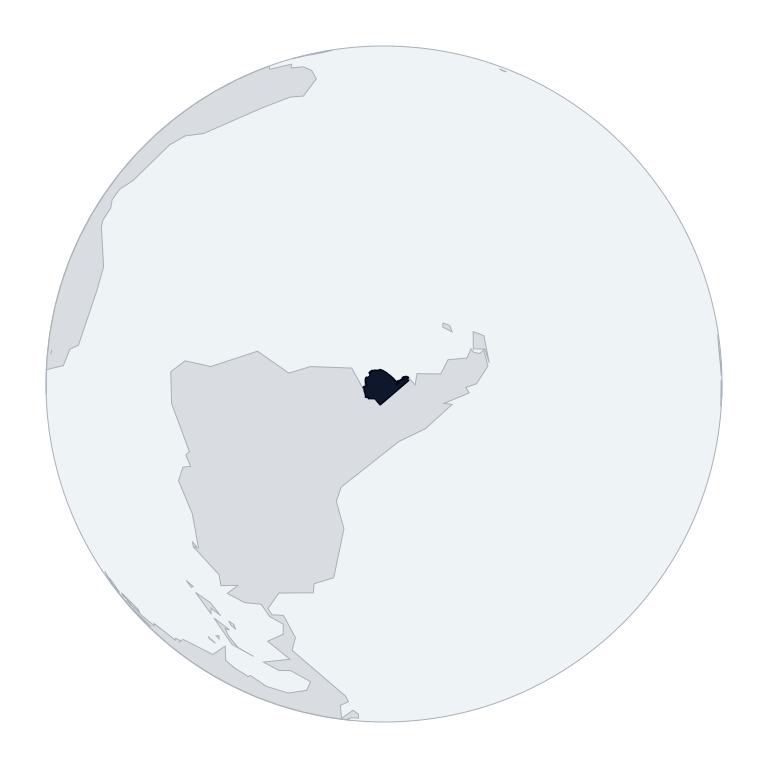 globe centered on Buenos Aires, rotated 231°
{"feature_id": "ARG-1295", "entity_name": "Buenos Aires", "entity_type": "Federal District", "adm_level": 1, "iso_a3": "ARG", "parent_name": "Argentina", "parent_adm1": "", "projection": "orthographic", "projection_center": [-60.531, -37.151], "detail": "fine", "context": "on_globe", "style": "filled", "palette": "ink", "viewbox_px": 768, "rotation_deg": 231, "n_neighbors": 0, "source": "natural_earth", "source_scale": "10m", "svg_char_len": 7481}
<svg xmlns="http://www.w3.org/2000/svg" viewBox="0 0 768 768"><g transform="rotate(231 384 384)"><circle cx="384" cy="384" r="338" fill="#eef3f6" stroke="#a8b0b8"/><path d="M313.7,53.5L313.9,53.4L342.7,48.6L371.9,46.3L401.1,46.5L401.5,46.6L385.9,46.4L361.9,47.1L341.6,50.3L366.6,47.2L367.9,48.7L373.1,48.8L379.9,48.6L384.1,47.8L387.0,48.6L363.4,51.1L360.3,50.4L367.9,49.3L356.6,50.1L340.7,53.3L342.6,54.6L316.5,60.6L317.6,61.9L312.5,64.4L312.6,61.7L311.9,67.2L281.6,80.7L280.2,95.6L268.7,87.0L256.8,89.3L242.1,94.4L241.5,96.7L222.8,102.4L204.1,115.1L194.6,131.2L198.9,139.6L219.9,131.1L227.5,122.1L243.7,115.3L229.4,137.6L257.3,131.7L253.0,148.2L260.7,154.6L275.3,148.8L290.2,149.9L301.7,138.2L319.8,130.5L319.4,143.8L330.0,130.4L339.7,135.8L376.2,133.5L373.2,136.6L403.8,153.4L438.0,163.4L445.9,175.3L441.7,181.9L453.7,185.4L453.9,190.2L502.5,206.7L527.7,226.0L527.2,244.0L506.6,260.3L489.1,306.3L452.3,316.9L443.8,337.9L416.7,368.9L394.3,365.0L401.6,382.9L390.0,393.3L375.7,394.0L374.1,407.0L363.6,407.6L371.3,416.1L356.1,434.4L362.6,449.0L352.0,464.8L356.6,473.7L351.9,473.8L347.5,477.7L347.7,483.0L332.5,476.0L326.0,456.1L329.8,445.4L323.5,444.6L331.3,418.2L325.3,424.1L323.2,388.2L330.0,359.2L330.8,285.7L322.8,273.1L296.8,261.8L265.1,223.0L272.8,204.0L266.2,197.7L287.7,170.8L282.6,152.6L275.2,151.6L267.4,160.3L242.6,155.5L234.9,145.0L165.3,157.7L159.5,156.4L161.8,147.8L150.9,140.7L149.9,154.6L143.3,156.3L140.4,153.9L145.0,148.9L147.1,143.4L144.1,146.0L162.0,129.3L181.0,113.9L201.1,99.9L222.1,87.4L244.1,76.4L266.7,67.1L290.0,59.4L313.7,53.5ZM277.3,102.0L309.2,104.6L289.9,109.2L293.8,106.7L285.9,104.6L270.9,104.8L254.3,111.2L277.3,102.0ZM294.2,89.2L288.5,89.8L294.2,88.6L294.2,89.2ZM358.7,492.0L334.2,479.1L347.6,484.4L355.1,475.5L368.6,486.3L358.7,492.0ZM381.6,469.8L391.3,465.5L394.2,468.2L388.1,471.8L381.6,469.8ZM610.8,133.5L608.5,131.5L596.0,121.1L588.0,114.6L610.8,133.5ZM706.3,485.7L703.1,494.8L700.6,493.0L690.7,513.5L688.0,510.9L681.1,521.1L673.2,525.1L663.8,523.5L658.5,502.6L666.1,491.5L675.6,461.9L692.2,401.4L701.9,385.7L704.8,367.7L700.1,317.2L701.7,301.0L698.4,288.8L692.9,282.6L688.1,268.4L683.9,263.2L651.5,239.8L636.5,218.4L606.5,171.0L608.7,161.7L600.1,146.4L607.5,130.7L616.7,139.0L634.3,157.0L650.5,176.2L665.2,196.6L678.4,218.0L689.9,240.4L699.7,263.5L707.8,287.4L714.1,311.7L718.6,336.5L721.2,361.5L721.9,386.6L720.8,411.7L717.8,436.7L712.9,461.4L706.3,485.7ZM616.8,143.7L619.4,147.3L616.8,143.7ZM377.3,133.3L381.7,135.8L375.8,136.0L377.3,133.3ZM286.6,114.3L293.7,113.2L297.1,114.3L291.6,115.9L286.6,114.3ZM347.3,106.2L355.7,106.7L346.8,108.2L347.3,106.2ZM314.4,105.0L340.6,106.4L323.3,111.5L306.8,111.2L318.5,108.5L314.4,105.0ZM289.7,95.4L293.9,95.2L292.3,97.3L289.7,95.4ZM298.3,88.4L296.6,88.9L294.7,88.0L298.3,88.4ZM369.3,48.5L371.3,48.3L378.0,48.2L374.4,48.6L369.3,48.5ZM410.3,48.0L414.1,49.2L408.9,48.2L404.7,48.5L388.4,47.4L401.0,46.6L398.2,46.8L410.3,48.0ZM370.2,46.8L379.1,46.8L368.9,46.9L370.2,46.8ZM556.4,671.9L549.4,675.7L552.9,673.1L556.4,671.9ZM679.8,547.5L676.0,553.6L680.4,544.3L688.2,530.2L694.5,517.5L679.8,547.5ZM181.2,654.1L178.1,651.2L187.8,657.9L200.9,666.5L212.4,674.4L181.2,654.1ZM161.0,637.9L161.2,638.1L154.7,631.7L175.4,648.9L172.1,647.1L163.4,640.0L163.0,639.7L161.0,637.9Z" fill="#d9dde1" stroke="#a8b0b8" stroke-width="1"/><path d="M402.3,381.1L402.2,382.6L402.2,382.9L402.1,383.1L401.6,383.7L401.1,384.4L400.5,385.5L400.3,385.8L399.7,386.5L399.0,387.2L398.8,387.5L398.7,387.6L398.3,388.0L398.2,388.2L398.1,388.5L397.9,389.0L397.9,389.4L397.9,389.5L397.8,389.9L397.6,390.1L397.2,390.4L396.7,390.7L396.4,390.9L395.6,391.3L395.4,391.4L395.1,391.6L394.4,391.9L394.2,392.0L393.7,392.1L393.4,392.2L393.1,392.4L392.3,392.6L391.3,392.9L391.1,393.1L390.9,393.1L388.1,393.6L387.4,394.0L386.9,394.0L384.9,394.4L384.1,394.5L383.4,394.6L382.5,394.8L382.0,394.8L381.8,394.7L381.7,394.7L381.6,394.8L381.2,394.9L380.3,394.8L379.9,394.8L379.6,394.9L379.5,395.0L378.8,394.9L378.7,394.8L378.4,394.8L378.2,394.8L377.1,394.6L376.8,394.4L376.7,394.2L376.6,393.9L375.8,393.8L375.6,393.7L375.5,393.8L375.5,394.0L375.6,394.3L375.7,394.5L375.8,394.8L376.0,394.7L376.0,394.9L376.0,395.0L375.9,395.1L375.8,395.3L375.7,395.4L375.6,395.5L375.7,395.8L375.7,396.0L375.8,396.2L376.0,396.4L376.1,396.5L375.9,396.4L375.8,396.5L376.0,396.6L376.4,396.6L376.5,396.6L376.9,396.8L377.1,397.0L377.2,397.3L376.9,397.3L376.6,397.0L376.5,396.9L376.4,396.8L376.0,396.8L376.1,397.0L376.3,397.0L376.4,397.3L376.6,397.5L376.9,397.6L377.0,397.6L377.1,397.8L377.0,398.3L376.9,398.5L376.8,399.3L376.8,399.8L376.6,400.0L376.3,400.0L376.2,399.9L375.9,399.8L376.0,399.9L376.1,400.0L375.9,400.1L375.9,400.3L375.9,400.6L375.8,400.8L375.8,401.1L375.7,401.1L375.8,401.5L375.8,402.0L375.7,402.1L375.4,402.3L375.3,402.5L375.2,402.6L375.2,402.8L375.4,403.0L375.4,403.4L375.5,403.4L375.5,403.5L375.9,403.8L376.0,403.8L376.0,404.0L376.3,404.4L376.3,404.5L376.2,404.6L375.9,404.4L375.9,404.5L376.0,404.6L375.9,404.7L376.0,404.8L376.3,404.6L376.5,404.6L376.4,404.7L376.4,404.8L376.3,405.3L376.2,405.5L376.1,405.9L375.9,406.0L375.3,406.4L374.8,406.7L374.5,406.9L374.3,407.0L374.2,407.0L373.9,407.1L373.9,406.9L373.7,406.5L373.6,406.4L373.3,406.2L373.1,406.0L372.9,405.7L372.5,405.4L372.4,405.3L372.2,405.3L371.2,405.2L370.4,377.3L370.2,369.0L370.2,368.1L370.3,367.9L372.7,367.8L378.3,367.7L381.0,364.5L381.9,363.5L382.1,363.3L382.0,363.1L382.1,362.9L382.3,362.8L382.5,362.8L382.8,362.9L383.3,362.9L383.5,363.1L383.7,363.3L383.8,363.3L384.0,363.3L384.3,363.2L384.5,362.8L384.5,362.6L384.6,362.3L384.6,362.2L384.8,362.1L384.9,361.9L384.9,361.7L385.0,361.5L385.2,361.4L385.3,361.3L385.3,361.2L385.2,361.1L385.4,361.2L386.0,361.9L386.9,362.5L387.1,362.5L387.3,362.6L387.5,362.8L387.7,363.1L388.4,363.5L388.6,363.6L389.0,363.4L389.2,363.6L389.3,363.8L389.6,363.9L390.0,363.9L390.3,363.9L390.3,364.0L390.4,364.3L390.5,364.3L390.7,364.5L391.2,364.5L391.3,364.5L391.5,364.6L391.9,364.8L392.1,365.1L392.5,365.2L393.0,365.7L393.2,365.8L393.5,365.8L393.9,365.6L394.2,365.6L394.3,365.6L394.5,365.8L394.5,366.2L394.4,366.5L394.5,366.6L394.3,366.8L394.3,367.0L394.2,367.1L393.9,367.1L393.7,367.1L393.8,367.4L394.1,367.6L394.0,367.9L393.9,368.0L393.9,368.3L394.0,368.4L394.0,368.6L393.7,368.9L393.6,369.4L393.6,369.7L394.1,370.1L394.3,369.8L394.4,369.6L394.6,369.6L394.7,369.4L395.1,369.7L395.3,369.9L395.5,370.0L395.8,370.0L396.0,370.1L396.3,370.2L396.4,370.5L396.5,370.5L396.8,370.5L397.0,370.6L397.2,370.8L397.4,371.0L397.7,371.1L398.1,371.5L398.5,371.6L398.7,371.8L398.9,372.0L399.3,372.5L399.5,372.7L399.8,373.1L400.0,373.4L400.3,374.1L400.3,374.5L399.9,375.0L399.4,375.7L399.2,375.9L399.1,376.1L399.1,376.5L399.1,377.1L399.1,377.3L399.2,377.5L399.3,377.9L399.3,378.0L399.5,378.2L399.6,378.4L399.6,378.5L400.3,379.2L400.7,379.5L401.0,379.5L401.0,379.8L401.1,379.7L401.4,379.6L401.6,379.6L401.9,379.6L401.8,379.4L402.0,379.4L402.1,379.8L402.1,380.7L402.2,381.0L402.3,381.1ZM376.7,403.1L376.8,403.1L377.0,403.1L377.3,403.5L377.2,403.7L377.1,403.9L377.0,404.1L376.9,404.2L376.7,404.1L376.7,403.9L376.4,403.9L376.5,403.6L376.5,403.4L376.6,403.1L376.7,403.1ZM377.7,395.8L377.7,395.7L377.8,395.8L377.9,396.2L377.9,396.3L377.7,396.3L377.6,396.2L377.3,396.1L377.2,396.0L376.9,395.7L377.1,395.5L377.5,395.6L377.6,395.8L377.7,395.8ZM376.8,401.6L377.2,401.7L377.3,401.9L377.3,402.1L377.3,402.5L377.3,402.8L377.2,402.6L376.9,402.1L376.8,401.9L376.8,401.6ZM376.9,395.1L376.7,395.2L377.1,395.0L377.3,395.0L377.4,395.3L377.2,395.3L376.9,395.1Z" fill="#0f172a" stroke="#020617" stroke-width="1.5"/></g></svg>